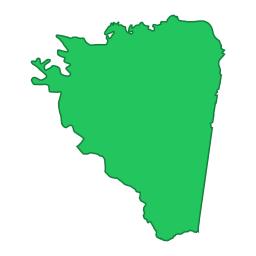 outline of Boroondara, Victoria, Australia
{"feature_id": "25037944B53457392645615", "entity_name": "Boroondara", "entity_type": "district", "adm_level": 2, "iso_a3": "AUS", "parent_name": "Australia", "parent_adm1": "Victoria", "projection": "albers", "projection_center": [145.049, -37.826], "detail": "fine", "context": "isolated", "style": "filled", "palette": "green", "viewbox_px": 256, "rotation_deg": 0, "n_neighbors": 0, "source": "geoboundaries", "source_scale": "gbopen_adm2", "svg_char_len": 5603}
<svg xmlns="http://www.w3.org/2000/svg" viewBox="0 0 256 256"><path d="M105.0,32.1L104.8,33.3L104.9,34.2L105.7,34.8L106.6,34.9L107.3,34.5L108.0,33.8L111.5,32.6L113.1,31.5L113.8,31.5L114.1,32.0L114.1,32.6L113.5,33.6L112.1,35.5L111.0,37.5L110.3,38.3L109.5,38.4L109.1,38.0L108.7,37.6L108.2,36.4L107.8,36.0L107.2,36.1L106.9,36.4L106.4,37.3L106.4,38.0L106.5,38.5L107.6,40.0L107.7,41.2L107.4,42.6L106.8,44.0L106.2,44.5L105.4,44.7L97.2,44.7L91.7,45.1L90.1,45.1L88.7,44.3L85.8,42.0L84.0,38.6L83.4,38.2L82.7,38.1L80.0,38.4L76.6,37.3L74.2,37.2L73.2,37.2L71.9,38.1L70.4,38.3L67.3,37.1L61.8,35.8L57.8,35.2L56.7,35.2L56.4,35.4L56.3,35.8L56.5,36.6L56.8,37.0L59.2,38.8L62.2,42.1L63.2,43.5L64.0,45.0L67.1,49.0L68.0,50.5L68.1,51.0L67.9,51.6L67.2,51.8L62.4,51.1L59.5,50.1L58.2,50.1L57.8,50.5L57.7,53.4L57.9,54.3L58.3,54.9L61.2,56.5L64.1,57.4L64.7,57.7L64.9,58.1L65.0,58.7L64.2,60.0L64.1,60.5L64.1,61.1L64.6,61.9L67.8,63.4L69.5,63.7L70.3,64.4L70.4,64.9L70.0,65.5L66.5,67.6L66.2,67.9L66.0,68.5L66.4,69.2L67.6,70.4L70.5,73.6L70.7,74.2L70.6,74.5L69.9,75.2L69.3,75.7L67.8,76.3L63.8,75.4L62.2,74.7L61.0,73.8L60.6,73.2L59.9,69.4L59.4,68.2L58.3,67.3L57.4,66.7L55.0,66.0L53.3,65.7L52.4,65.9L52.0,66.1L51.1,67.3L49.9,68.1L46.6,69.8L46.0,70.1L45.3,70.1L44.7,69.5L44.4,68.7L44.5,66.3L44.8,65.2L45.5,64.4L46.7,63.7L49.3,61.9L50.1,60.9L50.1,60.1L49.9,59.8L49.0,59.5L47.3,59.6L42.4,63.3L41.5,63.7L40.8,63.5L40.4,62.9L39.9,59.2L39.3,58.5L38.5,58.3L37.9,58.4L37.1,58.9L35.7,61.4L35.3,61.6L33.5,61.1L31.9,61.2L31.5,61.7L31.5,62.3L32.2,63.5L32.8,64.1L34.9,65.2L37.6,67.2L40.3,70.0L42.4,71.6L45.8,74.8L46.5,75.5L46.6,76.9L46.4,77.3L44.4,78.8L42.4,79.8L41.0,80.1L40.1,80.0L35.7,77.7L34.6,77.5L33.4,77.6L32.7,78.0L31.6,79.5L31.5,80.2L31.7,80.5L31.7,80.9L33.0,83.4L33.8,84.2L34.2,84.4L40.7,84.6L45.2,84.3L46.8,84.6L48.1,85.2L48.9,86.2L49.2,90.6L49.5,91.5L49.9,91.8L57.3,92.2L60.3,91.8L61.1,92.1L61.2,92.7L61.0,93.7L59.6,99.3L58.8,101.8L58.6,103.3L58.7,105.1L58.9,107.6L59.3,109.4L59.5,111.0L61.1,117.0L61.7,123.5L62.5,125.1L64.1,126.8L64.9,127.3L65.8,127.6L66.5,127.4L69.0,125.8L70.2,125.3L71.1,125.3L72.0,125.8L72.3,126.1L73.1,127.7L73.6,130.2L74.4,131.8L77.8,134.1L80.9,136.1L83.7,138.5L83.8,138.9L83.5,139.5L81.4,142.5L78.3,145.7L77.0,146.4L80.7,151.0L83.0,153.5L83.8,153.9L86.5,154.0L88.1,153.8L89.9,152.8L91.9,153.0L95.3,153.6L97.5,154.2L98.3,154.6L99.4,155.6L102.4,156.3L103.0,156.7L104.2,158.5L104.8,159.7L105.4,168.0L105.1,171.8L108.7,175.5L109.6,176.4L110.8,177.1L112.9,177.7L115.4,178.2L116.7,177.8L118.0,178.7L118.6,179.5L121.1,181.1L124.6,184.3L127.0,185.2L130.7,186.2L131.4,186.6L135.3,189.5L135.7,190.0L136.2,191.4L136.4,191.6L137.8,191.9L138.6,192.3L139.8,192.2L140.1,192.4L140.2,193.1L140.2,194.9L139.9,196.8L139.5,197.9L139.7,198.7L140.5,199.6L140.5,200.4L142.2,201.5L144.3,202.6L145.4,203.4L145.7,204.1L145.7,204.7L145.4,205.4L144.1,207.3L143.8,207.8L143.6,210.5L144.3,212.1L144.5,213.2L143.4,215.5L143.7,216.3L143.7,217.0L144.2,218.0L145.2,219.0L146.9,219.8L147.0,220.1L147.0,221.0L148.0,222.7L150.1,221.5L151.0,222.6L153.5,226.8L154.5,229.0L155.5,230.2L156.5,232.0L156.6,232.5L156.2,234.0L156.1,235.0L156.4,236.1L156.7,236.8L158.7,238.1L159.6,238.4L160.2,238.4L160.4,238.9L160.7,238.7L161.6,238.7L162.2,239.5L164.0,240.4L165.1,240.3L166.3,240.6L167.4,240.6L168.6,240.2L171.0,238.7L171.6,238.6L173.1,237.8L173.3,236.9L173.8,236.3L175.0,235.8L175.9,234.6L176.2,234.4L177.9,233.9L179.6,234.2L180.6,234.0L181.5,233.8L184.1,232.1L185.2,231.8L187.7,231.7L189.9,230.4L192.5,230.9L193.3,231.2L194.1,231.9L196.0,232.3L196.6,232.2L197.1,231.3L198.2,231.3L198.3,231.4L198.1,228.6L199.3,220.4L199.4,217.6L199.6,217.2L203.6,189.3L212.3,127.7L211.0,127.5L211.0,125.5L210.3,123.6L212.6,122.3L212.7,121.1L212.9,120.8L213.8,115.2L213.5,115.1L215.4,102.8L216.1,102.9L217.3,95.3L215.3,95.0L215.7,94.4L215.9,93.3L217.5,92.1L217.0,91.1L217.0,90.5L217.3,90.0L217.9,89.3L218.8,89.1L219.7,83.8L219.9,83.8L221.2,75.2L220.9,75.3L219.8,72.9L220.0,72.8L220.4,70.0L218.8,65.0L218.6,63.5L218.7,62.4L219.0,61.0L219.8,59.6L224.5,54.3L224.4,54.1L222.1,52.8L224.5,50.2L224.0,49.9L222.4,49.5L222.1,49.0L220.9,48.0L221.1,47.5L220.9,46.8L221.4,46.6L221.4,45.9L221.2,45.2L220.1,43.4L219.9,42.4L219.5,41.1L215.8,38.1L214.1,35.8L213.1,33.3L212.7,31.0L211.4,27.1L209.5,24.4L207.9,22.9L205.6,21.8L204.1,21.2L202.9,21.0L199.9,21.0L195.1,21.6L188.8,21.8L186.1,21.7L184.9,21.2L183.4,21.2L179.1,20.6L178.5,19.6L178.2,19.3L178.1,19.0L177.5,18.8L177.6,17.4L177.3,16.6L176.9,16.6L176.5,17.0L175.9,16.4L175.2,16.7L174.8,16.3L174.4,15.6L173.5,15.4L172.3,15.5L170.1,16.5L167.7,19.3L167.3,20.0L166.9,21.5L166.5,21.9L166.1,21.7L163.6,22.0L162.7,21.6L162.2,21.6L161.4,21.8L160.9,22.1L160.6,22.6L160.6,23.1L161.0,24.0L160.7,24.2L157.8,25.3L157.1,25.4L155.0,24.8L153.4,24.6L152.8,25.9L152.9,26.5L154.3,27.8L154.5,29.2L154.3,30.1L153.9,30.5L152.9,30.9L152.0,30.9L150.0,29.6L148.3,29.2L148.0,28.6L148.7,26.8L148.6,26.1L146.9,26.0L145.0,25.5L143.4,24.3L142.5,22.6L141.6,22.4L140.4,23.0L139.9,23.8L138.8,25.0L138.2,25.2L136.8,25.2L136.0,25.5L132.5,28.2L132.2,28.2L131.9,27.6L131.9,25.8L131.8,25.2L131.3,25.0L130.6,25.3L129.9,26.3L129.2,27.9L128.9,29.4L128.7,31.2L128.7,31.6L129.2,32.1L131.8,31.2L132.6,31.3L132.9,31.5L133.0,32.1L132.3,33.3L131.8,33.9L131.1,34.0L128.1,32.8L127.0,31.9L126.6,31.4L125.7,29.8L125.5,28.5L125.5,27.6L125.2,26.8L124.7,26.6L123.3,26.5L121.4,25.0L119.4,25.1L118.7,25.0L118.3,24.1L118.8,22.5L118.5,22.2L118.3,22.2L116.7,23.9L116.3,24.1L115.3,23.7L114.2,22.7L113.5,22.6L113.2,23.2L113.5,24.8L113.2,25.1L112.8,24.8L111.9,23.4L111.6,23.2L111.3,23.2L110.6,24.4L110.7,25.6L110.1,26.0L108.8,26.5L105.0,32.1Z" fill="#22c55e" stroke="#15803d" stroke-width="1.5"/></svg>